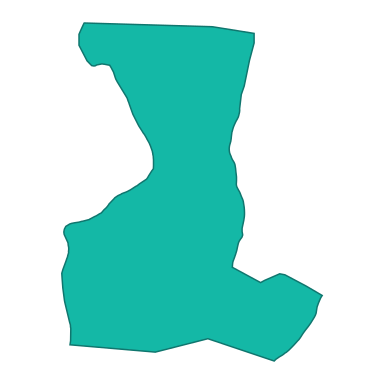 the district of Augier, Laborie, Saint Lucia
{"feature_id": "8701671B53372431800849", "entity_name": "Augier", "entity_type": "district", "adm_level": 2, "iso_a3": "LCA", "parent_name": "Saint Lucia", "parent_adm1": "Laborie", "projection": "albers", "projection_center": [-60.98, 13.767], "detail": "fine", "context": "isolated", "style": "filled", "palette": "teal", "viewbox_px": 384, "rotation_deg": 0, "n_neighbors": 0, "source": "geoboundaries", "source_scale": "gbopen_adm2", "svg_char_len": 3069}
<svg xmlns="http://www.w3.org/2000/svg" viewBox="0 0 384 384"><path d="M211.5,26.7L84.2,23.0L83.6,24.1L82.1,27.3L80.7,30.4L79.0,34.3L79.0,45.3L87.1,60.9L90.1,64.0L91.7,65.6L94.0,66.0L95.6,65.7L96.5,65.0L102.0,63.9L103.8,64.2L104.2,64.2L107.8,64.9L109.8,65.3L110.5,66.7L110.8,67.0L113.5,72.1L115.3,77.7L115.8,79.1L117.3,81.9L127.1,98.0L128.2,101.2L128.8,102.6L129.4,104.5L132.9,114.3L138.0,124.4L138.9,126.1L142.3,131.4L143.3,133.1L144.5,134.6L146.4,137.9L146.9,139.0L149.1,142.8L150.5,146.1L152.3,151.2L152.5,152.4L152.7,153.0L152.8,154.1L153.3,156.6L153.3,157.6L153.5,159.7L153.5,164.6L153.5,165.7L153.4,168.2L153.4,168.7L151.7,171.0L148.6,175.9L147.5,177.9L147.2,178.2L146.6,179.1L139.4,183.9L137.0,185.8L135.7,186.4L130.2,190.0L129.1,190.5L128.7,190.8L126.2,192.0L124.6,192.6L123.2,193.1L121.7,193.7L120.9,194.3L119.1,195.1L118.0,195.6L115.2,197.5L114.7,197.9L113.8,199.0L113.1,199.7L109.0,204.0L108.5,204.9L107.4,206.4L106.2,207.8L104.0,209.8L101.8,212.4L101.5,212.7L101.2,213.0L99.2,214.0L97.0,215.4L95.7,216.1L94.5,216.6L90.6,218.7L90.1,218.8L89.7,219.4L85.1,220.6L82.8,221.2L81.5,221.4L79.2,222.1L74.5,222.8L71.5,223.4L69.7,224.0L65.8,226.4L64.4,229.1L63.9,231.5L63.9,232.7L64.2,234.5L68.0,242.8L68.2,245.1L68.7,247.7L68.7,249.8L68.5,251.3L68.6,252.8L67.7,255.7L67.5,256.9L66.6,259.2L66.1,260.8L62.9,269.5L61.8,273.3L62.0,276.7L62.1,278.3L62.8,287.8L64.5,300.8L65.0,303.1L69.7,322.6L69.9,323.2L70.4,324.9L70.5,326.9L70.8,328.5L70.6,340.8L70.0,344.8L155.3,352.1L207.9,338.7L211.7,340.0L212.6,340.3L274.2,361.0L276.1,359.1L277.9,357.9L279.6,356.7L281.9,355.4L283.8,354.1L284.6,353.3L286.3,352.3L288.8,350.2L292.0,347.0L294.3,344.6L297.6,340.9L298.9,339.6L300.3,337.7L302.9,333.6L305.2,330.4L308.2,326.6L310.5,323.4L312.3,320.5L314.4,317.1L315.4,315.1L316.1,313.2L316.8,308.7L317.1,306.9L318.6,302.7L320.4,298.5L321.1,297.2L322.2,295.5L306.2,286.1L284.9,274.8L279.7,273.8L276.3,275.3L264.6,280.4L260.6,282.6L232.3,267.3L232.4,266.9L232.5,264.8L232.6,263.8L232.8,262.3L233.1,261.2L233.6,259.9L234.3,258.0L234.6,257.2L235.1,255.7L235.5,254.6L236.1,252.6L236.6,251.0L237.0,249.4L237.2,248.3L237.8,245.6L238.3,243.5L239.0,241.5L240.4,239.3L241.9,237.3L242.7,235.0L242.4,233.1L242.1,231.6L242.1,228.5L242.4,226.9L243.2,223.2L243.8,220.3L244.2,217.6L244.4,216.2L244.5,214.1L244.5,212.6L244.4,209.8L244.2,207.4L244.0,206.0L243.6,203.5L243.3,201.4L242.6,199.2L241.7,197.2L241.0,195.5L240.2,193.3L239.3,191.4L238.5,190.1L237.1,187.4L236.6,186.2L236.3,184.2L236.4,182.7L236.5,180.6L236.5,178.8L236.5,177.0L236.2,174.3L235.9,171.9L235.6,168.6L235.3,166.7L235.0,164.8L234.5,163.3L233.8,161.9L232.5,159.8L231.7,158.2L231.0,156.2L230.2,154.4L229.6,152.7L229.3,150.7L229.2,148.6L229.4,146.6L229.7,145.0L230.3,143.0L230.8,141.2L231.2,138.5L231.4,136.3L231.7,133.9L231.9,132.3L232.4,130.7L232.8,129.1L233.4,127.2L234.1,125.4L235.0,123.4L236.0,121.3L237.2,119.2L238.3,117.0L238.7,115.7L239.5,112.3L239.6,111.4L239.7,110.4L239.7,110.0L239.6,108.9L241.3,94.5L244.2,86.1L249.5,60.3L254.1,43.0L254.1,33.4L212.8,26.8L211.5,26.7Z" fill="#14b8a6" stroke="#0f766e" stroke-width="1.5"/></svg>